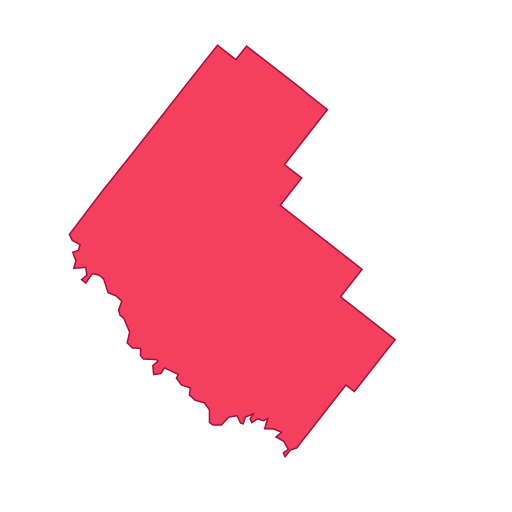 Richland, Montana, United States of America, rotated 218°
{"feature_id": "52423323B43875780318183", "entity_name": "Richland", "entity_type": "district", "adm_level": 2, "iso_a3": "USA", "parent_name": "United States of America", "parent_adm1": "Montana", "projection": "mercator", "projection_center": [-104.546, 47.751], "detail": "fine", "context": "isolated", "style": "filled", "palette": "rose", "viewbox_px": 512, "rotation_deg": 218, "n_neighbors": 0, "source": "geoboundaries", "source_scale": "gbopen_adm2", "svg_char_len": 1341}
<svg xmlns="http://www.w3.org/2000/svg" viewBox="0 0 512 512"><g transform="rotate(218 256 256)"><path d="M105.8,129.7L105.7,209.7L95.0,209.7L95.0,240.9L94.9,275.8L164.3,275.9L164.2,310.8L268.1,310.8L268.0,345.6L289.8,345.5L289.8,415.3L314.8,415.4L324.3,415.8L392.7,415.6L392.8,398.3L416.1,398.4L416.1,398.2L416.2,381.9L416.3,373.5L416.4,347.9L416.5,316.0L416.4,312.4L416.5,307.3L416.6,258.3L416.9,235.8L416.9,234.9L416.8,233.8L417.0,220.3L417.1,212.1L416.9,200.5L416.6,176.9L416.6,174.9L416.4,168.1L416.4,159.5L416.4,158.1L410.4,155.2L401.6,156.6L399.5,151.0L402.7,146.1L395.0,141.4L392.0,134.1L383.2,142.2L377.5,136.8L378.9,129.9L373.5,129.9L374.1,141.5L367.8,144.3L361.9,144.1L349.9,136.0L341.7,138.4L334.0,137.8L331.0,128.8L326.7,125.6L321.7,125.5L308.7,118.2L304.1,108.3L296.8,107.4L290.2,112.2L285.7,106.4L281.3,105.5L270.6,113.1L268.5,112.9L269.8,106.1L263.7,99.6L258.6,104.8L259.3,111.4L244.3,114.9L243.6,110.8L235.5,108.5L226.5,111.6L223.0,105.5L215.3,104.8L206.3,108.5L198.0,106.1L190.2,96.2L185.8,96.3L179.2,101.6L178.3,112.1L172.6,118.5L165.4,114.9L162.7,115.8L165.2,122.5L161.0,129.7L160.4,124.0L156.7,122.1L154.6,128.6L148.9,130.6L146.6,135.0L142.9,125.2L135.5,130.6L127.3,132.8L128.8,125.7L120.0,127.1L111.6,123.5L113.2,117.6L109.5,115.7L109.4,124.4L105.8,129.7Z" fill="#f43f5e" stroke="#9f1239" stroke-width="1.5"/></g></svg>